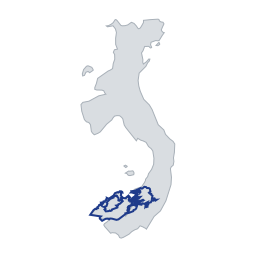 location of Chepigana, Darién, Panama, rotated 85°
{"feature_id": "35544464B97743116241572", "entity_name": "Chepigana", "entity_type": "district", "adm_level": 2, "iso_a3": "PAN", "parent_name": "Panama", "parent_adm1": "Darién", "projection": "mercator", "projection_center": [-78.199, 8.103], "detail": "fine", "context": "in_parent", "style": "outline", "palette": "blue", "viewbox_px": 256, "rotation_deg": 85, "n_neighbors": 0, "source": "geoboundaries", "source_scale": "gbopen_adm2", "svg_char_len": 8771}
<svg xmlns="http://www.w3.org/2000/svg" viewBox="0 0 256 256"><g transform="rotate(85 128 128)"><path d="M230.4,118.5L229.7,119.0L227.7,122.0L226.5,124.5L229.2,127.2L230.0,130.1L231.5,133.2L233.9,136.3L236.5,142.1L237.1,144.4L236.4,145.9L233.9,146.8L231.5,149.5L230.9,152.8L231.3,154.5L224.3,159.7L222.5,160.6L221.3,159.8L219.8,157.2L218.0,155.0L217.1,154.3L216.5,154.2L215.9,154.7L215.7,155.9L216.6,160.8L215.8,162.9L213.5,164.4L210.7,172.5L209.7,171.4L200.7,160.6L192.9,147.1L191.3,141.1L193.3,140.7L195.2,140.8L196.3,139.9L197.5,138.1L196.5,134.0L200.3,130.9L201.7,128.8L202.8,129.0L205.2,132.6L208.8,134.7L213.3,137.6L216.0,138.3L212.5,135.2L206.6,131.1L204.9,128.3L203.3,124.6L201.0,126.2L199.9,127.6L198.7,128.4L197.6,127.4L197.4,126.2L193.9,126.0L193.0,124.9L192.1,124.2L192.5,126.6L193.2,128.0L192.8,129.8L191.7,129.9L190.7,128.1L189.5,126.5L187.8,119.6L183.8,116.4L182.0,115.3L180.5,114.9L178.2,112.7L175.3,111.5L171.3,108.1L166.4,105.6L160.4,104.8L153.1,105.3L150.6,106.7L149.0,108.4L148.2,109.2L143.9,111.2L142.2,114.0L141.2,116.4L139.1,119.2L141.5,120.8L127.5,130.1L124.7,131.5L118.4,132.4L116.9,133.4L115.0,135.3L114.7,138.1L115.0,140.4L116.9,142.3L118.5,143.4L122.4,149.0L129.4,155.9L130.7,158.5L131.8,162.2L129.7,164.0L128.0,164.8L121.4,165.1L119.1,166.6L118.2,168.9L115.8,170.7L107.2,172.6L100.5,172.8L98.5,170.7L97.9,164.6L93.4,154.3L92.4,147.1L91.2,148.0L88.8,148.9L88.0,150.6L87.4,155.9L86.6,157.7L84.7,157.5L80.9,155.6L75.9,153.9L69.5,142.8L68.8,140.7L67.5,138.2L62.6,137.1L58.3,135.2L53.7,134.9L51.3,136.0L48.9,134.7L48.5,131.6L43.7,133.0L37.5,132.5L31.9,131.2L28.1,131.9L24.9,134.0L25.4,139.6L24.4,140.7L24.3,138.4L23.2,135.8L21.8,133.6L19.0,131.4L18.9,130.6L20.0,129.5L25.1,126.2L25.7,124.9L25.8,122.0L25.3,119.3L23.0,115.4L24.3,112.9L26.9,110.9L29.6,109.4L30.1,108.7L29.6,107.3L28.0,105.9L24.3,103.4L22.1,103.2L22.0,96.1L22.2,88.5L22.7,87.7L24.1,87.3L25.1,86.1L25.7,83.9L27.4,83.1L30.3,84.8L33.2,86.3L34.5,85.8L35.4,85.1L36.0,84.3L36.2,83.6L38.6,85.7L43.5,89.3L43.7,91.0L43.3,92.7L44.6,97.6L47.1,98.3L49.7,97.4L50.3,98.3L49.8,99.1L48.5,100.1L48.2,104.3L52.3,106.3L54.4,108.0L61.3,107.2L63.8,107.6L65.6,107.1L63.6,103.8L61.1,101.3L61.3,100.2L63.2,101.0L64.7,102.7L68.1,104.8L74.3,112.1L81.5,113.8L87.1,113.6L92.4,112.6L100.8,109.8L106.9,104.7L111.7,102.4L127.4,97.6L133.0,92.5L135.4,91.8L137.6,91.2L142.5,87.3L145.2,84.3L148.0,82.8L156.3,83.9L161.7,85.3L165.4,85.2L169.0,86.2L170.5,88.3L172.2,89.3L180.9,89.0L188.2,90.1L203.9,96.6L213.4,102.9L218.4,109.7L230.4,118.5ZM72.2,168.6L70.1,168.8L65.9,167.1L62.9,164.0L62.6,163.0L62.7,162.0L64.4,158.8L66.6,157.7L67.5,157.7L69.6,161.4L68.2,162.8L68.8,165.1L71.8,166.8L72.2,168.6ZM173.4,133.0L172.7,134.6L170.9,131.0L171.2,130.1L171.1,126.9L172.7,126.0L174.0,126.0L175.0,126.4L175.6,130.2L175.1,131.9L173.4,133.0ZM48.6,91.1L48.2,92.9L45.3,89.7L47.0,89.1L47.6,89.2L48.6,91.1ZM167.2,133.7L165.5,135.4L164.8,133.8L166.0,132.2L166.4,132.2L167.2,133.7Z" fill="#d9dde1" stroke="#a8b0b8" stroke-width="1"/><path d="M200.3,155.7L197.1,151.9L196.0,148.4L195.1,148.4L194.4,146.6L194.9,145.7L193.6,144.8L194.4,145.1L197.3,143.5L199.3,143.9L199.7,143.0L199.2,142.5L199.4,141.7L198.3,141.3L198.8,140.7L198.1,140.7L197.8,140.5L197.6,140.0L197.5,140.5L197.3,140.5L197.2,140.2L197.2,140.7L197.1,140.8L196.9,140.7L196.8,140.4L196.9,140.2L196.8,140.5L196.6,140.6L196.3,140.1L194.4,141.0L193.1,140.5L192.0,140.8L191.5,140.4L191.8,139.2L191.2,139.3L190.5,140.2L190.3,141.8L191.4,143.1L191.0,144.1L191.8,146.7L194.0,148.2L196.2,152.1L196.7,153.6L195.8,155.1L196.7,155.0L196.9,155.8L197.9,155.9L198.0,156.7L199.5,157.8L199.2,159.9L199.4,158.9L199.8,159.1L199.8,158.9L199.8,158.7L200.4,158.6L199.8,158.9L200.6,159.2L199.9,160.5L200.0,161.5L200.5,161.5L200.4,161.2L200.7,160.8L200.7,160.7L200.5,161.2L201.4,160.9L201.4,161.0L201.5,161.3L201.8,161.1L202.4,161.3L202.4,161.2L202.5,161.0L202.4,160.9L202.7,160.8L203.2,160.9L203.2,161.0L203.1,161.5L203.1,161.0L203.2,160.9L202.7,160.8L202.4,161.4L201.4,161.4L201.3,161.2L201.3,160.9L200.6,161.4L202.0,162.4L202.2,163.5L203.5,164.2L204.1,165.3L205.2,165.0L205.2,166.3L206.0,166.5L205.7,167.8L206.8,169.5L211.2,173.2L213.7,162.8L214.5,163.9L215.8,164.0L218.2,161.9L216.5,158.1L216.6,155.9L217.3,154.6L216.6,153.7L216.9,151.9L218.5,147.5L218.2,145.5L213.4,137.8L212.8,138.0L212.5,136.4L211.2,135.2L208.7,134.3L207.2,134.4L207.9,134.5L210.6,136.1L207.4,134.7L206.7,135.9L207.0,134.8L205.9,134.2L205.2,131.8L204.0,130.3L203.0,130.7L203.3,130.7L203.6,131.0L203.0,130.9L202.9,130.7L203.4,130.1L202.1,129.8L202.7,130.4L202.6,130.6L202.5,130.8L202.5,131.0L202.4,130.8L202.6,130.4L202.0,130.1L202.0,127.9L201.5,127.5L200.2,130.0L200.6,130.4L200.8,130.9L200.0,130.4L200.1,131.8L199.6,132.3L200.3,132.4L200.1,133.0L200.7,133.3L201.2,133.8L199.9,133.2L199.9,132.7L199.8,132.8L199.8,133.0L199.5,132.4L199.5,133.1L198.8,133.0L199.2,133.4L199.0,133.5L197.4,132.0L196.6,132.5L197.1,133.0L196.7,134.1L195.9,133.5L195.5,133.6L197.0,135.8L197.9,136.3L197.3,138.9L195.9,140.1L196.4,140.1L196.6,140.5L196.9,140.1L197.1,140.8L197.1,140.2L197.5,140.4L197.5,140.1L198.3,140.7L200.4,139.6L202.8,142.7L203.1,144.2L204.0,144.5L204.2,146.5L205.8,145.3L206.3,145.5L207.8,151.1L208.7,151.4L209.1,152.6L208.6,153.4L209.1,154.3L209.1,157.4L207.2,158.5L206.8,157.4L205.6,157.6L204.5,158.9L203.9,156.2L201.5,155.1L200.3,155.7ZM188.4,115.2L188.0,116.9L189.5,118.9L189.5,120.0L188.9,120.5L191.1,126.5L191.3,130.2L192.0,130.0L192.5,130.6L192.6,129.0L193.3,128.4L193.2,127.8L192.4,127.6L192.4,125.5L192.0,125.2L192.4,125.1L191.9,123.8L190.8,123.0L191.4,123.2L191.0,122.4L191.7,122.7L192.0,121.9L191.8,121.5L191.6,121.7L191.1,121.6L191.7,121.5L191.3,120.9L191.9,121.3L192.0,121.8L191.9,122.3L192.1,122.0L193.3,121.8L192.8,121.5L192.7,120.7L193.4,121.8L192.5,122.2L192.1,122.1L192.0,122.3L192.1,123.2L192.2,122.8L192.5,122.5L192.8,122.5L192.4,123.5L192.9,124.4L193.1,127.3L194.5,126.2L194.3,125.7L193.8,126.1L193.6,125.8L193.5,126.4L193.3,126.1L193.5,125.2L193.9,124.5L194.0,124.5L193.9,124.2L194.2,124.4L193.7,125.8L194.1,125.3L194.7,125.8L195.0,125.4L194.7,124.7L194.2,124.4L194.0,123.8L195.1,124.9L195.3,125.9L195.7,125.7L195.5,126.4L196.1,126.8L196.6,125.6L195.9,125.2L196.2,125.1L195.8,124.8L195.8,124.7L196.8,125.6L197.3,125.0L196.3,123.9L197.3,124.7L197.5,124.2L197.5,125.0L198.0,124.9L197.0,126.1L198.3,126.7L198.8,124.2L197.8,123.4L198.2,122.7L197.9,122.4L198.4,122.7L197.7,121.9L197.7,121.7L199.1,123.3L198.7,123.5L199.3,124.7L198.6,125.6L199.0,125.5L199.3,126.9L199.0,127.4L198.7,126.8L198.4,127.1L197.6,126.8L197.0,127.8L197.7,129.0L198.7,128.5L198.3,128.1L198.9,128.4L200.0,127.8L199.9,125.6L200.0,126.3L201.0,125.2L203.7,127.8L203.6,126.6L202.6,125.1L202.8,124.4L202.5,124.4L202.2,124.3L202.0,124.1L201.9,124.0L201.7,122.5L202.1,122.4L201.7,121.9L201.2,120.4L201.5,119.9L201.2,119.9L200.9,119.2L201.1,119.0L201.2,119.9L201.5,119.9L201.4,119.6L201.5,119.3L201.8,119.4L201.5,119.4L201.6,119.7L201.5,120.3L201.2,120.4L202.4,122.2L202.3,123.1L203.4,123.9L203.8,123.3L204.0,123.6L203.8,124.6L203.2,124.3L202.8,124.7L202.9,125.5L203.5,126.0L203.9,125.5L203.6,125.5L203.4,125.5L203.2,125.3L203.1,125.2L203.9,125.4L203.9,125.8L203.5,126.1L204.0,126.4L204.1,126.6L204.2,126.1L204.5,126.2L204.2,125.8L204.8,126.1L204.1,126.7L203.7,126.3L204.1,127.1L204.4,127.2L204.5,127.0L204.5,127.5L204.9,127.2L205.5,127.4L205.1,127.0L205.0,126.4L205.1,126.2L205.6,126.5L205.0,126.6L205.5,127.4L205.7,126.9L205.9,127.4L206.3,127.2L205.9,127.5L206.3,128.1L205.8,127.5L204.7,127.5L205.2,128.0L205.2,129.0L204.6,128.0L204.7,127.9L204.8,127.9L205.0,128.0L205.0,127.8L204.2,127.4L204.1,127.9L206.1,133.0L211.0,134.6L212.8,136.2L213.1,137.8L212.6,134.4L211.3,130.0L210.2,129.6L209.8,127.9L208.9,126.9L204.8,125.1L204.5,122.7L205.2,122.7L205.6,121.2L204.2,120.4L205.0,118.4L203.8,115.5L206.1,117.2L208.2,117.6L207.9,117.2L208.4,116.6L208.1,115.4L206.8,115.6L206.1,114.5L204.4,114.0L204.0,111.7L202.3,110.7L202.6,109.3L201.0,108.2L201.7,107.3L202.4,107.7L202.8,107.1L202.0,105.7L202.0,107.0L200.4,107.7L200.3,110.3L197.5,109.5L196.6,110.7L195.6,110.6L195.3,112.0L194.3,112.8L193.2,111.2L190.4,111.6L189.7,112.4L189.5,114.3L188.4,115.2ZM202.4,123.7L202.2,124.3L203.0,124.1L203.0,123.9L202.4,123.7ZM200.9,126.5L200.8,127.3L201.4,127.4L201.3,126.9L200.9,126.5ZM207.2,134.6L206.9,134.4L206.4,134.3L207.2,134.6ZM201.5,126.5L201.2,126.8L201.5,126.8L201.5,126.5ZM204.8,128.2L204.8,127.9L204.7,128.0L204.8,128.2ZM202.1,122.9L201.9,122.7L202.1,123.0L202.1,122.9ZM191.5,123.0L191.6,122.8L191.5,123.0ZM191.7,123.1L191.7,123.4L191.7,123.1ZM199.1,130.3L198.9,130.4L199.0,130.5L199.1,130.3ZM198.4,123.4L198.6,123.3L198.4,123.2L198.4,123.4ZM192.0,122.5L191.9,122.6L191.9,122.8L192.0,122.5ZM198.5,123.0L198.3,123.1L198.4,123.3L198.5,123.1L198.7,123.3L198.5,123.0ZM200.1,128.6L199.9,128.6L200.1,128.6Z" fill="none" stroke="#1e3a8a" stroke-width="2"/></g></svg>